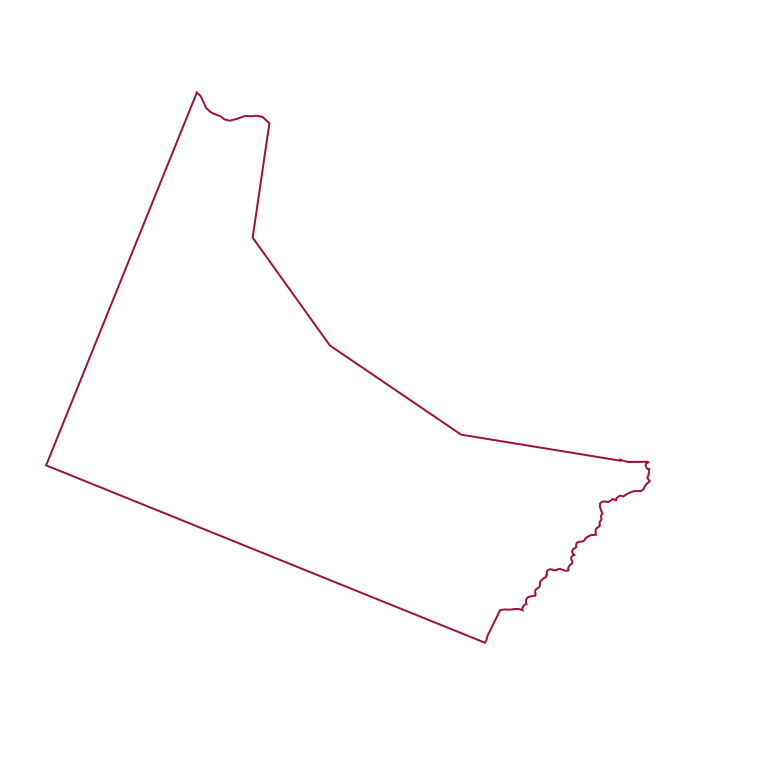 Nsork, Wele-Nzás, Equatorial Guinea, rotated 112°
{"feature_id": "11065452B58050641555743", "entity_name": "Nsork", "entity_type": "district", "adm_level": 2, "iso_a3": "GNQ", "parent_name": "Equatorial Guinea", "parent_adm1": "Wele-Nzás", "projection": "albers", "projection_center": [11.202, 1.263], "detail": "fine", "context": "isolated", "style": "outline", "palette": "rose", "viewbox_px": 768, "rotation_deg": 112, "n_neighbors": 0, "source": "geoboundaries", "source_scale": "gbopen_adm2", "svg_char_len": 5626}
<svg xmlns="http://www.w3.org/2000/svg" viewBox="0 0 768 768"><g transform="rotate(112 384 384)"><path d="M185.3,587.9L181.9,596.5L183.0,602.5L185.4,607.2L187.5,613.2L193.2,619.6L197.7,625.7L198.4,631.0L197.0,635.9L197.2,642.5L196.8,646.8L194.7,652.3L185.9,661.6L183.8,666.7L586.0,666.8L586.1,193.5L585.9,193.5L582.9,193.1L578.5,193.7L550.1,191.6L547.7,187.4L546.6,184.1L545.5,181.6L543.6,178.4L542.9,176.7L542.2,174.9L541.8,170.8L541.7,170.9L541.7,171.0L541.4,171.2L541.0,171.4L540.9,171.4L540.8,171.5L540.2,171.7L539.9,171.7L539.7,171.7L538.7,171.7L538.3,171.7L537.5,171.5L537.4,171.5L537.3,171.4L536.3,171.1L535.6,170.6L534.6,169.5L534.0,170.0L533.7,170.2L533.4,170.4L532.0,171.1L531.5,171.2L531.1,171.3L529.8,171.3L529.5,171.2L529.1,171.2L528.3,170.9L528.0,170.6L527.7,170.4L527.0,169.8L526.9,169.7L526.2,168.9L526.2,168.7L525.8,168.0L525.4,167.5L525.4,167.4L525.0,166.9L524.5,166.1L524.4,166.0L524.3,165.9L523.8,164.9L523.5,164.4L523.4,164.4L522.4,164.7L521.8,165.0L521.3,165.4L521.2,165.4L521.2,165.5L520.2,166.0L519.8,166.1L519.5,166.2L519.0,166.3L518.8,166.3L518.6,166.3L518.1,166.2L517.8,166.1L517.5,166.1L517.0,165.9L516.8,165.8L516.7,165.7L516.4,165.5L516.0,165.2L515.8,165.1L515.7,165.0L515.5,164.9L515.0,164.5L514.4,164.2L513.6,163.9L513.2,163.9L512.4,164.0L510.9,164.6L510.7,164.6L510.4,164.7L510.0,164.9L509.7,164.9L509.4,165.0L508.8,165.1L508.4,165.0L508.0,165.0L507.3,164.7L507.1,164.6L506.3,164.2L505.5,163.7L504.9,163.5L504.8,163.4L504.2,163.2L503.9,163.0L503.7,162.8L503.2,162.3L503.0,162.1L502.8,161.9L502.6,161.6L502.2,161.7L502.1,161.8L501.9,161.8L501.4,161.9L501.2,161.9L500.8,161.8L500.4,161.8L500.2,161.7L499.9,161.5L499.7,161.4L499.2,161.8L498.8,162.1L498.3,162.3L498.2,162.3L497.7,162.5L497.3,162.5L497.0,162.6L496.2,162.5L496.0,162.4L495.8,162.4L495.3,162.3L494.5,161.8L494.1,161.4L493.9,161.0L493.6,160.7L493.4,159.9L493.3,159.7L493.1,158.8L493.1,158.6L493.1,158.4L493.1,157.3L493.0,156.8L492.9,156.2L492.7,155.8L492.3,155.2L491.8,154.4L491.5,154.0L490.7,153.4L490.4,153.1L490.2,152.9L489.8,152.2L489.7,151.9L489.5,151.6L489.4,151.1L489.4,150.9L489.4,147.8L489.2,146.4L488.8,145.1L488.4,144.2L488.2,143.8L488.1,143.7L487.7,143.1L486.6,143.9L486.3,143.9L486.1,144.1L485.6,144.2L484.7,144.3L484.3,144.2L483.9,144.2L483.5,144.1L483.1,144.0L482.6,143.8L482.2,143.7L481.9,143.5L481.3,143.2L480.9,143.0L480.6,142.8L480.3,142.7L479.9,142.4L479.6,142.2L479.0,142.4L478.8,142.5L478.5,142.6L477.8,143.2L477.3,143.8L477.2,143.9L476.7,144.4L476.5,144.5L476.4,144.6L475.8,145.0L474.9,145.4L474.3,145.4L473.9,145.3L473.5,145.3L473.1,145.2L472.8,145.0L472.5,144.8L472.1,144.5L471.9,144.2L471.7,144.0L471.4,143.5L471.3,143.4L470.8,144.3L470.7,144.8L470.5,145.2L470.3,145.5L470.2,145.7L470.2,145.8L469.9,146.2L469.2,146.7L469.1,146.8L468.8,146.9L467.8,147.0L467.3,147.0L467.2,146.9L466.7,146.8L466.5,146.7L466.3,146.7L465.9,146.5L465.6,146.3L465.3,146.1L465.1,145.9L464.8,145.6L463.7,145.0L463.1,144.6L462.8,144.9L462.0,145.3L461.1,145.5L460.9,145.6L460.0,145.7L459.5,145.7L458.5,145.3L458.2,145.0L458.0,144.8L457.8,144.7L457.3,144.1L456.9,143.4L456.8,143.2L456.6,142.9L456.3,142.3L456.3,142.2L456.2,142.1L456.1,141.8L455.6,141.1L455.2,140.6L455.1,140.3L454.9,140.1L453.8,139.7L453.2,139.6L452.4,139.5L452.3,139.4L452.1,139.4L451.5,139.2L451.0,139.0L450.7,138.8L450.3,138.7L449.9,138.3L449.8,138.2L449.7,138.2L449.4,137.9L449.1,137.7L448.9,137.5L448.6,137.3L448.3,137.1L448.1,136.9L447.9,136.8L447.7,136.5L447.4,136.3L447.3,136.2L447.2,136.1L446.8,135.7L446.4,135.3L446.3,135.1L446.2,135.0L446.0,134.7L446.0,134.4L445.8,134.2L445.7,133.7L445.5,133.1L445.3,132.7L444.6,131.7L444.5,131.4L444.4,131.1L444.2,131.2L444.1,131.3L443.3,131.6L442.8,131.8L442.7,131.9L442.3,132.1L441.5,132.5L441.3,132.6L441.1,132.7L440.3,133.0L440.1,133.0L439.6,133.1L439.4,133.1L439.1,133.1L438.1,132.8L437.5,132.5L437.3,132.3L437.1,132.2L436.8,131.9L436.5,131.6L436.3,131.7L435.4,131.3L435.2,131.2L434.6,130.9L434.3,130.9L434.1,130.9L433.9,131.0L433.0,131.7L432.8,131.8L432.5,132.0L432.1,132.1L431.9,132.1L431.6,132.2L431.3,132.2L430.9,132.2L430.6,132.1L430.4,132.1L430.1,132.0L428.0,131.7L427.8,131.7L427.7,131.8L426.4,132.7L425.8,133.0L425.6,133.1L425.4,133.2L425.0,133.3L424.7,133.3L424.4,133.4L424.1,133.4L423.9,133.3L423.6,133.3L423.3,133.2L423.1,133.2L422.4,132.9L422.2,133.1L421.8,133.4L421.5,133.7L421.3,134.0L421.2,134.1L420.9,134.5L420.6,134.8L420.4,134.9L420.3,135.1L419.5,135.8L419.4,135.8L419.0,136.1L418.5,136.5L417.5,137.3L417.4,137.3L416.1,138.2L415.8,138.3L415.6,138.4L415.0,138.6L414.8,138.6L414.5,138.7L413.8,138.8L412.8,138.6L412.2,138.2L411.5,137.6L410.5,136.0L410.4,135.8L410.3,135.7L410.1,135.1L410.1,134.9L409.8,133.8L409.6,132.2L409.4,131.9L409.1,131.7L407.5,130.5L407.0,130.0L406.6,129.5L406.0,129.3L405.5,129.3L405.1,129.0L404.9,128.5L404.8,128.1L404.8,127.9L405.0,125.5L404.8,125.3L403.7,125.6L403.3,125.7L402.8,125.6L402.5,125.5L402.3,125.4L402.1,125.4L399.7,123.8L399.3,123.4L399.2,123.3L399.0,122.8L398.9,122.3L398.7,120.1L397.5,119.3L394.5,117.1L394.4,117.0L391.8,114.6L391.5,114.3L389.3,111.4L389.2,111.2L389.1,110.9L388.3,108.7L387.5,106.7L386.7,105.3L384.6,104.1L383.3,104.0L381.0,103.8L380.8,103.8L380.6,103.7L378.3,103.1L378.0,103.0L377.9,102.9L375.8,101.8L374.7,101.2L374.2,101.9L372.9,103.9L372.5,104.4L372.1,104.7L371.6,104.8L371.1,104.8L370.9,104.8L369.8,104.5L363.5,106.2L363.8,106.9L364.0,107.5L363.9,108.1L363.8,108.6L363.4,109.1L361.8,110.7L361.4,110.9L361.1,111.1L360.5,111.2L360.0,111.2L359.6,111.0L359.3,110.9L357.6,109.6L357.3,110.3L364.9,128.5L365.8,136.7L366.6,136.2L402.1,293.5L368.6,448.6L297.5,560.6L223.6,578.6L185.3,587.9Z" fill="none" stroke="#9f1239" stroke-width="2"/></g></svg>